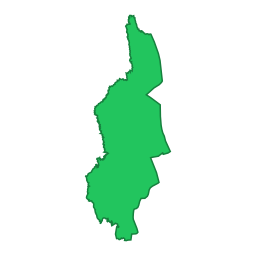 Khagrachhari, Chittagong, Bangladesh
{"feature_id": "16705992B35326431749719", "entity_name": "Khagrachhari", "entity_type": "district", "adm_level": 2, "iso_a3": "BGD", "parent_name": "Bangladesh", "parent_adm1": "Chittagong", "projection": "natural_earth1", "projection_center": [91.852, 23.211], "detail": "fine", "context": "isolated", "style": "filled", "palette": "green", "viewbox_px": 256, "rotation_deg": 0, "n_neighbors": 0, "source": "geoboundaries", "source_scale": "gbopen_adm2", "svg_char_len": 5814}
<svg xmlns="http://www.w3.org/2000/svg" viewBox="0 0 256 256"><path d="M124.6,240.4L126.3,240.6L127.8,240.1L130.9,239.9L131.7,234.1L135.9,233.8L136.9,233.4L137.9,232.2L136.9,228.5L133.3,219.4L133.1,217.2L133.3,213.6L133.7,210.3L134.2,209.1L136.4,208.5L137.8,207.4L138.7,205.3L139.7,201.2L141.1,198.4L144.9,198.3L147.4,196.2L148.3,194.2L149.2,189.8L150.3,187.8L152.5,186.1L158.0,183.2L159.0,182.4L156.5,172.7L150.6,157.8L152.1,157.3L158.4,156.2L162.6,152.9L163.1,153.3L163.0,154.1L163.3,154.3L168.0,153.0L170.3,151.5L165.5,141.0L164.3,136.2L162.8,133.0L161.8,129.3L161.1,125.2L160.4,116.4L160.2,104.8L150.7,97.7L146.3,94.8L154.0,87.9L159.3,84.6L161.5,82.4L162.3,81.0L160.0,60.4L158.4,53.6L154.3,42.0L150.9,34.2L150.0,34.0L149.0,34.7L148.0,33.9L146.7,33.8L145.9,34.3L144.9,33.9L144.7,33.3L143.7,32.9L142.9,31.8L141.6,31.9L142.0,31.2L141.8,30.8L141.2,30.9L140.5,31.5L139.9,30.7L139.1,30.7L138.8,29.1L137.6,29.0L137.5,27.6L137.0,27.2L136.7,25.6L136.5,24.4L135.6,22.6L135.6,21.8L134.9,19.3L134.9,17.9L134.1,17.8L133.7,15.7L131.7,16.5L131.5,15.6L130.9,15.7L130.3,15.4L129.8,15.5L129.9,15.9L129.3,16.3L129.3,17.2L128.7,17.2L128.8,18.3L129.4,18.3L128.3,19.9L128.6,20.5L128.5,21.5L129.0,21.9L128.7,22.5L129.0,23.1L129.9,23.4L129.9,24.2L127.0,24.3L126.9,25.3L126.2,25.5L125.7,26.2L126.7,28.2L126.6,28.6L127.2,29.4L126.9,29.7L126.9,31.4L126.7,31.6L127.0,32.2L126.8,32.5L127.4,33.1L128.0,34.5L127.7,35.0L128.0,36.3L127.2,36.9L127.7,38.2L128.0,38.2L128.2,38.8L128.0,39.4L128.9,40.7L129.0,41.9L129.3,42.3L129.2,43.8L128.9,44.2L129.6,46.6L129.4,47.2L129.8,48.2L129.6,49.6L130.2,50.5L129.9,51.3L130.3,52.1L129.8,53.3L130.2,54.5L129.8,54.9L131.2,58.3L131.1,58.7L130.2,58.9L129.7,60.3L130.4,61.9L131.2,61.8L131.0,62.1L131.5,62.6L131.3,63.2L131.8,63.6L132.4,65.3L132.0,66.0L132.7,67.5L132.4,67.6L132.0,68.6L132.3,69.7L132.1,71.0L131.7,70.6L130.1,70.3L130.2,71.7L129.8,71.1L129.5,71.2L128.2,72.4L128.2,73.1L127.8,73.2L127.7,72.8L127.1,73.2L126.2,73.1L126.5,73.7L126.4,74.7L127.0,76.5L126.8,77.2L127.3,79.8L126.9,79.8L126.4,80.4L125.8,80.2L125.9,79.8L125.6,79.7L123.9,80.2L123.5,79.2L122.9,78.9L122.2,79.4L121.3,79.5L119.6,78.7L119.4,79.7L118.8,80.6L118.1,80.2L117.3,80.3L117.6,81.1L117.3,81.6L115.4,82.6L114.9,83.3L114.9,84.4L113.7,84.7L112.5,86.3L111.5,86.0L110.8,86.5L109.7,86.4L109.8,87.3L109.0,87.6L109.2,89.9L108.1,90.3L108.4,93.7L107.5,93.9L107.3,94.9L107.1,95.1L106.8,94.7L106.2,95.3L106.1,97.6L105.1,97.9L104.9,98.9L104.4,99.4L104.0,99.0L103.3,99.4L103.4,99.9L102.8,100.3L103.1,100.9L102.6,101.8L101.6,101.8L100.4,102.5L100.1,103.2L98.6,103.7L97.9,105.1L96.8,105.5L96.5,106.4L96.2,106.2L95.5,107.0L95.2,106.9L95.3,107.8L94.8,108.3L94.8,108.9L95.0,110.1L94.9,110.6L94.5,110.8L94.8,111.1L94.5,111.8L94.8,112.1L94.4,112.4L94.6,113.0L94.9,113.0L94.7,113.8L95.0,113.8L95.0,114.4L95.5,114.6L95.3,114.8L95.6,115.0L95.9,115.0L95.8,114.8L96.0,114.7L96.6,115.3L97.5,115.5L97.4,116.8L97.2,117.1L97.6,117.6L97.5,118.1L97.1,118.2L97.5,118.6L97.7,118.3L98.0,118.9L97.7,119.3L98.1,120.3L97.3,121.1L97.9,122.0L98.2,121.5L98.1,121.1L98.6,121.1L99.0,122.0L98.8,122.0L98.8,123.4L99.5,124.2L99.4,124.5L100.0,124.6L99.8,125.0L100.0,124.9L100.1,125.4L99.8,125.8L100.2,126.5L99.5,126.8L99.4,127.1L100.1,127.7L100.0,128.4L100.3,128.4L100.1,128.8L99.6,128.7L99.6,129.5L100.3,130.6L100.9,130.9L100.7,131.0L100.9,131.4L101.2,131.3L101.3,132.7L100.6,133.3L101.0,133.3L101.2,133.8L101.8,133.9L102.7,134.9L102.2,135.4L102.4,135.9L102.8,135.7L102.5,136.0L102.9,136.5L102.6,136.4L102.7,136.8L102.5,137.2L103.4,137.9L102.9,138.5L102.7,139.6L103.5,140.4L103.4,141.1L104.2,142.2L104.0,142.5L103.6,142.3L103.1,144.2L103.5,144.7L103.6,144.0L103.7,144.6L104.3,144.7L104.3,145.2L103.8,145.3L104.1,145.7L103.7,146.5L103.9,147.0L103.6,147.2L103.9,147.8L104.4,147.8L104.9,149.3L104.5,149.7L104.8,150.1L104.8,151.5L104.0,152.1L105.3,152.5L105.4,152.0L106.1,152.1L107.2,152.6L107.4,153.1L107.7,152.9L108.1,153.4L107.6,153.5L107.6,153.9L107.3,154.1L106.9,153.7L106.6,154.3L105.7,154.8L106.0,155.4L105.2,156.2L104.9,155.6L104.3,156.1L104.7,156.4L104.8,157.1L104.5,157.4L104.9,157.8L104.5,158.0L104.0,157.6L104.1,158.2L103.7,158.5L103.8,159.2L102.7,159.0L102.7,159.9L101.5,159.4L100.5,160.0L100.4,159.5L100.8,158.9L100.5,158.6L99.8,158.6L99.7,158.0L99.5,158.4L99.6,159.0L99.1,158.7L98.9,158.0L97.0,158.5L96.8,159.1L97.8,160.4L97.9,161.0L97.5,161.3L98.4,163.0L98.4,163.8L98.6,164.5L98.7,165.4L98.4,166.1L97.8,165.6L98.1,167.2L97.0,167.6L96.7,166.5L97.0,165.1L96.5,164.5L95.9,164.6L95.8,164.9L96.5,166.3L95.9,166.1L94.6,167.0L94.7,167.8L93.2,168.7L91.8,171.0L91.5,172.0L88.3,173.7L87.3,176.1L86.7,176.3L86.0,175.9L85.7,176.3L86.3,177.0L86.9,179.7L86.7,180.0L87.7,182.3L88.7,182.9L88.3,183.5L88.2,184.6L88.6,185.2L88.2,185.9L89.1,186.2L88.2,186.7L88.5,187.0L88.1,187.5L87.6,189.9L87.8,190.6L87.4,191.9L87.8,192.8L87.7,193.6L88.1,193.5L86.7,196.3L86.5,197.8L87.0,198.6L88.4,199.7L88.9,199.7L88.6,200.8L89.6,201.2L90.3,200.8L90.8,201.1L91.7,200.9L92.3,202.3L93.5,203.1L93.8,205.0L93.6,205.6L93.6,207.1L94.3,208.0L94.6,209.0L95.3,209.6L95.0,210.4L95.5,212.9L95.9,213.1L96.0,214.0L96.6,214.9L97.2,217.8L98.6,219.6L99.8,220.1L99.5,221.2L100.5,222.1L100.3,223.2L100.6,223.3L101.3,222.5L101.1,221.2L102.2,220.9L102.3,219.5L102.8,218.4L103.8,217.9L104.9,218.0L105.6,218.7L107.9,218.5L107.8,219.1L107.1,219.8L107.1,221.3L107.5,221.7L108.1,221.4L108.4,220.3L108.6,221.0L109.1,221.1L109.9,222.2L111.0,222.9L110.8,222.1L111.3,221.9L111.5,221.1L111.9,221.3L111.9,222.3L112.5,223.0L111.5,224.6L111.8,225.7L114.0,224.4L115.1,223.4L115.4,223.6L115.8,223.3L116.4,223.8L117.3,223.8L117.7,224.4L117.5,225.2L117.7,225.8L118.5,226.2L118.8,226.7L118.5,227.3L118.0,227.2L117.4,226.4L116.9,226.5L116.7,226.9L115.5,234.1L116.6,238.6L118.0,238.5L119.2,239.6L120.3,239.2L121.3,238.1L122.0,238.7L123.5,237.9L124.7,238.9L124.8,239.7L124.6,240.4Z" fill="#22c55e" stroke="#15803d" stroke-width="1.5"/></svg>